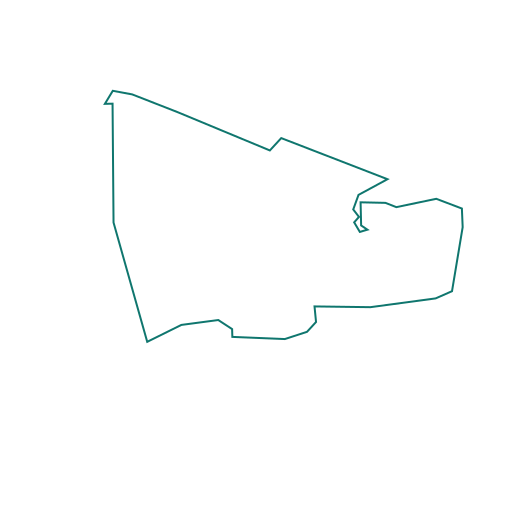 outline of Washington, Virginia, United States of America, rotated 201°
{"feature_id": "52423323B33364650574502", "entity_name": "Washington", "entity_type": "district", "adm_level": 2, "iso_a3": "USA", "parent_name": "United States of America", "parent_adm1": "Virginia", "projection": "equal_earth", "projection_center": [-82.018, 36.762], "detail": "fine", "context": "isolated", "style": "outline", "palette": "teal", "viewbox_px": 512, "rotation_deg": 201, "n_neighbors": 0, "source": "geoboundaries", "source_scale": "gbopen_adm2", "svg_char_len": 618}
<svg xmlns="http://www.w3.org/2000/svg" viewBox="0 0 512 512"><g transform="rotate(201 256 256)"><path d="M160.8,374.8L228.8,375.0L274.7,375.1L280.9,359.5L332.6,360.9L381.0,362.2L429.5,362.5L448.9,358.9L451.6,343.9L444.5,346.8L401.0,236.2L378.9,206.6L326.8,136.9L301.0,164.9L268.3,182.7L252.1,179.2L249.1,172.0L199.3,188.8L181.2,203.5L176.3,215.9L183.3,229.9L130.9,249.2L73.1,280.8L60.4,293.4L73.4,357.0L80.8,374.1L108.2,374.0L142.5,351.9L154.2,352.0L177.6,343.6L168.8,322.2L161.4,320.5L167.7,315.7L176.4,322.6L173.9,329.4L181.9,334.3L182.2,349.8L160.8,374.8Z" fill="none" stroke="#0f766e" stroke-width="2"/></g></svg>